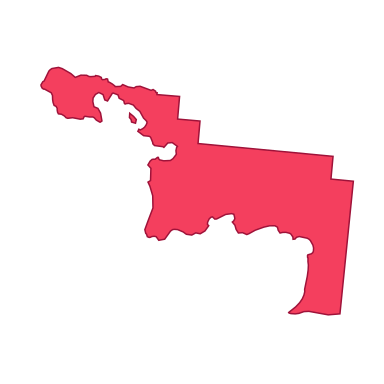 outline of Chippewa, Michigan, United States of America, rotated 185°
{"feature_id": "52423323B85773519026200", "entity_name": "Chippewa", "entity_type": "district", "adm_level": 2, "iso_a3": "USA", "parent_name": "United States of America", "parent_adm1": "Michigan", "projection": "albers", "projection_center": [-84.214, 46.343], "detail": "fine", "context": "isolated", "style": "filled", "palette": "rose", "viewbox_px": 384, "rotation_deg": 185, "n_neighbors": 0, "source": "geoboundaries", "source_scale": "gbopen_adm2", "svg_char_len": 3116}
<svg xmlns="http://www.w3.org/2000/svg" viewBox="0 0 384 384"><g transform="rotate(185 192 192)"><path d="M235.4,287.8L235.9,287.7L236.7,288.1L237.0,289.2L239.7,290.7L241.6,289.7L252.9,292.8L256.8,292.1L258.8,290.6L264.8,291.1L270.4,293.0L272.3,291.0L277.7,290.3L278.0,290.8L280.7,292.6L284.0,294.2L285.0,294.3L286.0,297.2L287.5,297.3L288.3,296.6L291.0,296.1L291.9,296.7L292.3,298.2L295.0,299.3L298.2,299.6L298.6,298.8L302.9,298.1L304.7,298.1L307.1,299.1L312.9,298.7L318.3,296.0L323.0,299.4L332.0,303.6L335.8,304.5L342.3,302.8L343.9,301.5L345.1,300.0L349.0,289.7L350.2,288.9L351.8,285.6L351.6,284.5L350.4,282.5L349.0,281.6L347.8,281.6L340.9,278.6L339.4,276.0L338.9,271.9L338.2,269.1L336.9,266.2L334.9,265.5L333.5,263.4L333.5,262.1L332.9,259.8L331.9,258.2L328.8,258.1L325.7,256.6L323.9,255.0L322.2,254.6L317.4,255.6L309.7,254.8L306.8,255.4L306.2,257.3L305.3,258.1L300.3,257.8L297.4,258.1L295.9,257.5L293.6,255.3L290.0,253.6L289.4,253.6L287.9,254.9L290.0,262.7L293.0,267.1L297.1,268.4L298.7,273.5L298.7,277.1L296.7,280.8L293.5,283.0L289.1,281.3L286.9,276.1L284.1,275.3L280.0,283.3L279.1,283.7L274.2,282.3L272.7,279.0L268.6,277.4L267.8,276.7L267.1,274.4L266.3,273.8L264.9,274.4L262.7,274.8L258.0,273.5L255.0,270.4L251.0,267.8L246.7,261.4L244.0,259.2L243.0,257.9L242.9,256.8L243.5,254.9L244.9,252.4L246.6,250.8L249.0,249.3L250.4,249.9L251.2,247.7L245.1,243.9L239.8,243.8L238.7,243.5L237.9,242.7L235.5,238.0L235.2,236.6L233.4,235.0L224.9,234.6L223.9,234.0L220.4,238.7L216.0,239.5L210.5,236.2L211.2,235.1L211.6,231.8L210.9,228.2L213.8,223.6L216.3,221.5L222.9,220.6L227.1,221.2L228.4,222.6L228.4,223.0L228.5,223.3L228.5,223.5L229.0,223.6L229.3,223.5L229.6,223.3L231.6,221.4L233.3,221.3L234.6,221.0L236.4,219.1L238.3,215.1L235.0,212.0L234.3,199.8L236.7,198.0L234.4,194.0L230.8,184.8L229.5,172.7L233.3,159.3L235.7,150.4L234.5,146.8L233.6,146.0L232.6,143.6L230.7,143.0L229.4,143.3L228.2,144.1L225.9,144.6L223.8,144.4L220.9,141.0L215.1,142.6L210.0,151.2L208.2,152.7L208.0,152.9L206.1,153.3L203.0,153.3L197.2,151.4L195.0,150.0L193.9,149.4L188.5,149.1L188.3,149.2L184.7,151.6L180.2,151.1L175.7,154.3L172.4,159.9L173.8,161.1L173.8,163.4L172.5,166.8L170.8,168.6L169.4,169.0L166.9,167.0L165.1,167.3L156.5,172.6L150.7,173.9L148.4,173.5L147.5,171.0L147.0,169.1L147.9,166.9L149.2,165.6L146.3,162.6L144.8,158.6L142.2,155.2L138.1,155.9L133.7,154.4L131.7,155.4L125.6,159.5L117.3,163.3L111.7,165.1L106.4,165.6L103.8,164.4L102.8,161.4L100.7,158.8L98.3,159.6L95.0,160.0L91.1,159.4L89.8,158.7L87.6,156.0L87.2,153.7L85.3,154.1L83.9,156.0L81.3,157.0L73.1,156.0L71.2,155.1L69.8,153.9L66.9,149.6L66.0,146.8L65.9,143.7L66.4,142.1L67.8,140.8L71.1,139.5L71.4,138.6L71.1,136.7L70.7,136.5L70.4,132.7L69.7,129.4L69.5,124.3L69.8,118.0L71.3,104.9L71.0,102.4L71.5,99.1L72.8,95.2L75.1,91.1L78.7,86.6L85.2,80.4L84.8,79.9L82.9,79.5L78.5,79.6L74.9,80.4L70.1,82.6L65.2,83.3L45.6,81.5L34.0,83.5L32.2,216.8L54.7,217.0L54.6,239.8L190.2,240.8L190.2,263.4L212.7,263.4L212.7,286.1L235.4,286.0L235.4,287.8ZM254.3,255.6L253.8,259.3L256.8,262.2L260.9,265.0L260.8,260.7L259.0,258.9L258.3,256.4L254.3,255.6Z" fill="#f43f5e" stroke="#9f1239" stroke-width="1.5"/></g></svg>